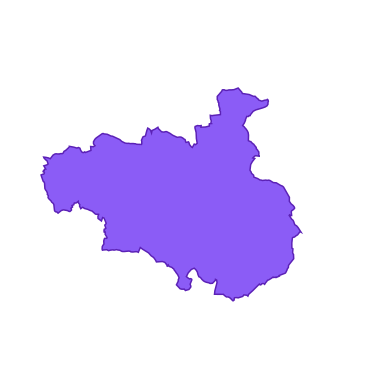 Poienarii De Muscel, Arges, Romania, rotated 320°
{"feature_id": "2599482B33398207909803", "entity_name": "Poienarii De Muscel", "entity_type": "district", "adm_level": 2, "iso_a3": "ROU", "parent_name": "Romania", "parent_adm1": "Arges", "projection": "albers", "projection_center": [25.065, 45.199], "detail": "fine", "context": "isolated", "style": "filled", "palette": "violet", "viewbox_px": 384, "rotation_deg": 320, "n_neighbors": 0, "source": "geoboundaries", "source_scale": "gbopen_adm2", "svg_char_len": 6004}
<svg xmlns="http://www.w3.org/2000/svg" viewBox="0 0 384 384"><g transform="rotate(320 192 192)"><path d="M249.7,292.8L250.4,287.5L250.4,285.3L249.7,283.1L251.0,279.7L251.2,278.3L250.9,276.9L251.4,272.4L252.1,272.2L252.6,273.7L253.2,274.1L255.3,271.0L256.4,270.4L258.6,270.7L260.3,270.3L260.7,269.2L260.8,267.4L260.3,264.7L260.6,261.7L263.2,258.7L265.3,247.1L265.1,245.7L264.1,243.8L262.5,239.2L260.3,237.0L259.2,233.5L258.5,232.3L256.9,231.3L256.3,230.4L253.3,228.4L252.5,227.1L251.8,226.5L251.0,224.0L249.0,220.4L250.0,218.7L249.6,215.9L250.1,214.9L250.4,212.6L254.6,208.7L257.8,207.5L261.6,206.7L260.5,205.0L262.9,204.8L264.1,205.1L266.5,207.8L266.9,207.3L267.0,206.4L268.2,205.3L269.0,204.0L269.0,202.7L269.2,202.0L269.1,201.4L269.2,200.9L269.0,200.3L269.9,199.0L269.8,198.5L269.9,197.6L269.8,197.3L270.0,194.9L269.7,194.4L269.6,193.2L269.4,192.6L269.5,191.2L269.0,190.7L268.2,188.9L271.9,184.7L273.2,182.6L273.7,180.5L273.9,178.3L273.8,176.5L273.9,175.6L273.5,173.7L276.4,172.8L279.0,171.5L279.2,171.1L282.5,169.3L283.5,170.3L284.5,170.2L284.9,170.4L285.3,170.8L285.8,170.8L286.3,170.4L290.7,169.5L293.6,170.1L300.0,172.9L302.7,173.9L304.9,174.2L306.6,173.6L307.8,172.2L308.7,171.7L309.4,170.5L309.2,169.5L308.7,169.7L306.5,168.3L303.9,167.3L302.3,164.6L302.4,162.9L302.2,162.7L301.8,159.1L300.9,158.6L300.3,157.7L298.5,154.1L293.9,148.9L294.3,147.5L294.2,142.0L290.0,140.6L287.8,139.1L285.9,137.5L284.7,137.0L283.4,136.1L282.9,135.5L282.3,134.3L281.0,133.3L280.7,133.3L279.4,134.0L277.5,134.2L276.8,134.4L272.8,135.0L270.8,137.4L270.5,139.0L269.8,139.9L269.9,140.8L268.3,142.8L266.8,146.3L266.6,146.6L265.6,147.1L265.5,148.6L263.5,151.0L257.2,146.8L256.5,146.5L255.3,145.0L253.5,147.4L252.9,148.7L252.7,149.5L252.3,150.1L250.6,151.5L250.7,151.9L249.1,150.9L248.9,151.0L247.7,152.6L244.0,150.8L240.5,148.1L241.7,147.0L240.2,146.0L238.9,144.6L236.5,143.8L235.5,144.7L233.4,149.1L229.7,153.9L227.3,158.0L225.2,158.0L224.5,156.7L220.9,158.1L220.5,157.0L220.6,154.0L221.5,152.0L221.5,151.3L219.3,150.2L219.5,149.2L220.3,147.8L220.3,147.0L219.8,146.0L219.7,144.8L218.9,142.9L218.0,142.0L215.8,140.6L213.7,136.1L212.8,132.8L211.4,129.5L210.6,128.8L208.9,128.0L207.4,126.3L207.0,121.9L207.5,120.5L203.7,120.0L201.0,119.2L198.9,120.8L199.9,118.1L199.8,116.4L199.2,114.6L196.9,115.9L192.5,119.0L191.8,119.0L190.3,118.3L189.7,118.3L186.5,119.9L186.2,120.7L184.6,122.7L183.9,123.1L180.2,119.8L179.8,118.9L178.1,117.1L175.9,115.3L174.7,113.9L173.5,113.0L172.2,111.5L170.7,108.1L170.4,105.5L167.0,98.2L165.9,97.0L164.2,93.3L161.9,90.9L161.5,90.0L160.6,89.6L153.3,89.0L151.4,89.2L148.8,90.2L147.6,91.7L147.4,92.9L147.4,94.2L145.5,93.9L143.6,92.0L141.3,95.2L135.7,93.2L135.5,92.7L135.6,92.3L134.1,92.0L133.4,91.1L133.4,89.7L133.5,88.6L134.3,86.4L133.6,84.9L132.1,84.4L130.3,81.7L127.5,78.3L127.4,78.5L125.1,78.8L122.1,78.9L120.0,78.6L118.7,79.2L117.9,79.4L117.2,79.2L116.6,78.6L115.5,77.8L114.9,77.7L113.1,76.1L112.5,75.4L111.5,74.8L109.4,74.4L104.8,75.4L104.0,73.7L102.4,71.6L100.8,69.9L100.5,70.8L100.6,73.4L101.0,75.0L99.8,78.0L98.2,77.9L95.3,76.7L94.7,80.2L94.3,79.8L94.0,80.0L93.0,80.0L92.6,80.7L91.9,80.8L91.7,80.3L91.3,80.4L91.0,80.7L91.3,81.4L91.3,82.4L90.6,82.8L89.8,83.0L89.2,82.5L87.3,81.9L86.7,83.4L84.9,88.1L84.9,88.4L85.1,88.9L84.8,90.3L81.6,94.7L81.2,96.1L81.1,97.9L80.5,100.0L79.6,100.8L79.6,102.4L78.1,103.8L78.0,104.6L78.0,106.0L78.3,108.0L78.0,109.5L78.3,111.1L78.3,111.8L78.1,112.8L74.9,117.6L74.6,118.3L74.9,119.7L75.6,120.3L75.8,122.1L80.0,122.2L82.0,123.0L84.6,126.1L85.4,127.9L86.1,128.5L88.0,128.4L88.4,127.9L88.9,126.6L90.7,126.8L90.9,126.7L91.1,125.7L91.4,125.2L93.2,125.8L94.7,124.8L95.1,125.0L95.8,125.7L96.5,126.0L98.8,126.0L98.0,127.2L97.9,129.6L96.8,130.5L96.1,133.3L98.2,133.3L98.8,134.2L98.9,135.3L101.0,138.3L101.9,140.3L103.2,142.4L103.8,146.8L104.6,147.8L105.8,148.7L106.1,149.1L104.3,150.2L103.0,151.9L104.0,156.0L107.1,154.1L107.8,155.3L107.3,157.2L106.2,160.7L105.9,161.0L103.9,161.3L102.7,164.4L102.2,164.5L100.8,164.1L99.7,165.1L99.9,166.1L99.0,166.1L99.4,167.5L98.3,168.5L97.9,171.2L97.5,172.5L96.8,172.6L95.3,171.4L94.6,171.6L92.9,172.8L91.1,175.2L89.2,175.7L88.1,176.2L86.4,178.0L86.0,179.0L86.9,179.5L89.6,181.4L90.4,183.3L92.3,184.2L94.4,185.6L94.7,186.2L95.5,186.8L97.0,187.5L98.1,189.0L99.2,190.1L100.1,192.4L100.7,193.1L101.9,194.1L105.6,196.6L106.7,198.0L106.7,198.6L108.2,200.0L110.2,201.3L111.6,202.5L112.1,203.7L116.7,201.3L117.4,204.1L119.6,210.7L119.7,214.6L120.5,217.5L120.3,220.5L119.8,222.7L124.6,226.2L125.9,228.3L126.0,229.9L125.8,230.2L126.0,230.6L126.0,231.4L125.3,232.7L125.4,233.0L125.8,233.0L126.9,232.7L126.6,234.0L127.2,235.3L127.8,236.2L128.2,237.1L128.2,238.0L128.6,238.9L128.2,240.6L128.2,242.4L128.0,243.3L127.9,246.0L127.3,248.4L126.9,249.4L124.9,250.5L124.3,251.4L120.4,253.1L120.7,258.5L121.7,259.9L123.7,261.5L123.6,263.2L127.0,264.7L129.8,264.1L130.6,263.4L131.3,261.4L135.4,259.2L135.7,258.5L135.4,257.7L135.0,257.3L134.4,257.2L133.9,256.1L133.3,253.2L137.2,251.5L141.7,250.9L144.7,251.8L145.0,254.0L144.7,256.6L143.5,259.1L142.8,261.3L143.4,262.6L143.5,263.7L143.4,265.5L143.6,266.4L143.6,267.3L144.2,269.0L145.0,270.4L146.6,272.5L147.1,273.7L148.6,274.8L149.1,275.1L153.0,274.7L153.8,274.0L154.3,275.3L153.0,277.4L146.0,282.4L143.5,284.8L150.3,290.6L150.3,291.9L150.9,294.5L152.2,295.6L152.9,297.0L153.2,299.0L153.3,301.4L153.6,301.8L155.0,301.8L155.1,301.4L156.3,300.4L156.9,300.5L158.7,301.9L159.2,302.7L163.7,304.6L165.6,304.2L167.7,306.4L167.9,307.7L169.7,306.8L175.2,306.6L184.4,305.8L184.5,307.0L185.4,307.4L185.8,307.2L186.5,307.2L187.6,307.7L188.2,308.6L188.3,309.4L190.2,308.8L191.7,308.6L193.1,308.1L194.0,308.6L197.8,309.2L199.1,309.2L199.5,309.4L199.5,309.9L201.8,311.3L201.6,311.6L204.9,312.6L205.1,312.0L211.2,314.1L212.0,314.0L214.7,312.8L215.5,312.2L217.3,311.8L218.6,310.4L219.7,310.0L227.0,308.5L229.6,305.1L229.7,304.1L230.2,303.0L232.8,300.4L232.5,299.1L235.7,295.2L239.4,291.7L240.3,291.7L241.6,292.4L243.6,292.4L245.3,292.7L249.3,291.8L249.7,292.8Z" fill="#8b5cf6" stroke="#5b21b6" stroke-width="1.5"/></g></svg>